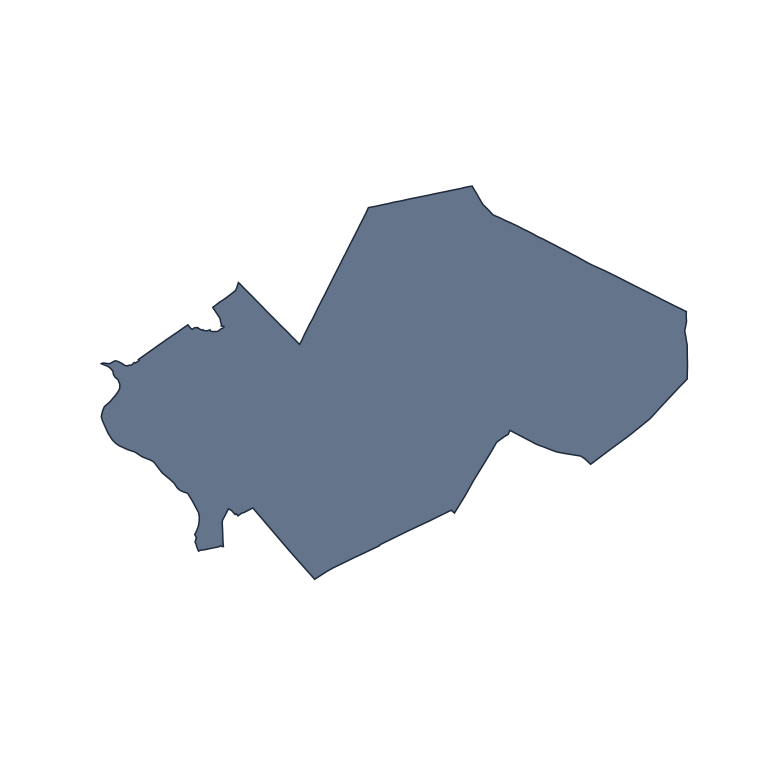 outline of Nadlac, Arad, Romania, rotated 39°
{"feature_id": "2599482B59122351602486", "entity_name": "Nadlac", "entity_type": "district", "adm_level": 2, "iso_a3": "ROU", "parent_name": "Romania", "parent_adm1": "Arad", "projection": "equal_earth", "projection_center": [20.774, 46.211], "detail": "fine", "context": "isolated", "style": "filled", "palette": "slate", "viewbox_px": 768, "rotation_deg": 39, "n_neighbors": 0, "source": "geoboundaries", "source_scale": "gbopen_adm2", "svg_char_len": 4346}
<svg xmlns="http://www.w3.org/2000/svg" viewBox="0 0 768 768"><g transform="rotate(39 384 384)"><path d="M331.5,619.9L333.4,620.8L334.6,621.2L334.5,621.4L335.3,622.5L335.9,624.1L336.1,624.6L336.9,626.0L338.4,626.5L340.3,627.9L343.2,629.7L345.1,630.6L345.6,629.5L346.2,628.4L348.1,626.5L349.1,625.5L352.9,620.7L358.2,614.4L358.8,612.4L360.5,612.3L361.5,611.4L358.3,608.1L354.4,603.6L350.5,599.1L346.0,594.1L344.2,591.5L343.7,588.7L341.7,578.8L345.4,578.3L349.3,579.0L350.5,579.1L350.9,577.7L353.5,578.4L354.6,574.2L356.2,571.8L356.6,570.8L360.1,562.9L416.0,573.3L453.0,579.4L457.5,565.7L460.0,559.4L468.5,541.1L482.3,512.5L481.9,511.7L495.2,483.0L502.1,468.8L506.1,460.5L515.6,439.9L520.0,439.9L519.9,439.5L517.3,419.3L514.4,402.7L512.0,384.4L510.2,370.7L508.2,358.4L510.7,349.0L512.2,345.1L511.1,340.8L535.4,335.9L538.8,335.3L542.8,334.2L547.5,332.5L550.1,331.7L557.4,329.4L560.3,328.4L562.7,327.2L568.3,324.2L575.8,319.9L581.8,316.4L583.8,316.0L588.1,315.8L595.1,316.4L601.4,291.1L606.6,271.4L607.2,268.9L612.6,243.7L613.7,225.2L615.6,199.0L616.1,194.2L616.3,191.2L616.5,189.4L616.2,188.9L612.7,184.5L609.0,179.6L605.8,175.7L602.6,172.0L598.9,167.5L595.3,163.1L591.3,159.6L588.0,156.6L584.2,153.4L581.9,149.0L579.7,144.9L576.2,141.2L573.4,137.4L573.2,137.5L566.9,138.9L560.6,140.4L554.6,141.7L548.3,143.1L542.4,144.3L536.1,145.7L530.0,147.0L523.8,148.4L517.9,149.7L511.3,151.1L505.3,152.4L499.0,153.7L491.4,155.4L485.2,156.8L478.3,158.6L472.0,160.3L466.0,161.6L459.7,162.7L453.6,163.7L447.3,165.1L440.9,166.2L435.0,167.5L428.7,168.7L422.7,170.0L416.6,171.2L414.4,171.8L410.4,172.8L405.8,173.5L399.4,174.8L395.7,175.8L388.0,177.3L382.0,178.8L375.7,180.5L369.1,182.0L365.8,183.0L362.3,183.9L354.9,182.9L347.7,182.2L343.2,180.5L338.7,178.8L335.6,177.5L331.4,176.1L328.0,174.7L326.1,176.7L322.7,180.9L319.6,185.0L316.3,188.9L312.8,193.2L309.8,196.9L306.6,200.7L303.4,204.6L300.6,208.2L297.3,212.2L295.2,214.7L290.9,219.9L286.8,224.8L283.8,228.7L281.2,232.0L277.7,235.9L275.1,239.4L272.4,242.8L270.6,244.9L267.4,249.0L264.1,253.0L260.9,256.7L261.3,258.4L261.7,259.8L262.7,263.9L263.9,269.4L265.0,274.8L266.4,280.9L267.4,285.7L268.6,291.3L269.7,296.7L270.9,302.1L272.2,307.7L272.5,309.8L273.4,314.0L274.5,318.7L275.6,323.9L276.8,329.6L277.2,331.7L278.0,335.0L279.2,340.6L279.6,342.2L280.4,346.1L281.7,351.5L282.7,356.9L283.9,362.5L285.1,368.0L286.4,373.4L287.6,378.8L288.5,384.4L289.8,389.9L290.9,394.9L290.9,395.2L292.4,400.9L293.5,406.4L290.4,406.0L287.1,405.6L283.8,405.3L281.2,405.0L275.0,404.2L268.8,403.7L262.7,403.0L259.8,402.7L258.2,402.5L256.1,402.2L254.4,402.1L250.5,401.7L247.0,401.3L243.0,400.8L241.2,400.5L240.5,400.5L236.4,400.0L231.8,399.5L225.6,398.7L219.4,398.1L213.1,397.4L209.5,396.9L207.0,396.8L208.7,401.1L209.8,404.5L208.6,410.0L207.1,416.2L205.5,421.7L204.8,423.3L203.9,427.4L202.7,432.2L203.6,432.6L207.7,433.8L212.3,435.3L215.1,436.2L218.6,439.0L220.3,440.1L221.0,441.4L223.2,440.0L223.8,440.5L223.9,441.0L223.4,442.3L222.8,443.2L222.4,444.7L222.1,445.9L221.9,447.2L221.1,448.3L218.2,450.8L217.0,451.7L216.0,451.9L215.0,451.8L214.8,451.4L214.4,451.7L214.1,452.3L213.4,453.5L212.6,454.3L210.2,456.0L209.1,455.7L208.2,456.7L207.4,457.1L205.3,457.3L203.8,457.4L203.8,457.9L203.0,458.0L201.4,459.4L201.0,460.9L200.6,462.2L199.8,462.2L198.2,462.3L194.9,461.5L194.4,461.4L192.5,467.7L191.1,472.8L189.6,477.6L188.2,482.4L187.0,486.2L186.2,489.4L184.8,494.1L184.1,496.6L182.2,503.5L181.7,505.2L180.2,510.7L179.3,513.8L177.7,519.5L179.0,519.8L177.7,524.0L176.7,524.1L176.5,524.5L176.2,524.8L176.2,526.7L175.6,528.4L174.1,529.8L174.0,530.0L173.2,531.3L171.6,532.4L170.3,532.7L167.4,532.9L165.7,533.3L164.1,533.6L163.4,533.8L161.1,534.7L160.6,535.2L160.1,535.7L159.0,538.5L158.2,540.3L157.3,541.4L153.3,543.9L152.6,544.4L152.0,545.1L151.8,545.4L151.7,545.6L151.5,546.2L154.3,545.3L158.2,544.1L162.2,544.0L165.4,544.8L167.6,546.8L170.4,547.9L174.6,548.1L178.9,550.5L181.4,553.8L182.1,556.7L182.4,561.3L182.2,570.4L180.9,577.6L182.2,581.9L183.6,584.9L184.9,587.4L188.6,589.9L200.5,595.9L207.9,598.4L212.3,598.9L216.8,598.7L226.2,596.3L233.3,593.6L241.9,592.8L246.7,591.3L250.6,590.0L254.3,589.5L267.6,592.7L276.1,592.8L282.9,593.1L288.8,594.9L292.4,595.0L295.6,594.2L300.2,592.5L309.1,595.7L315.0,598.2L320.9,600.7L324.3,603.7L327.8,608.6L329.6,612.3L331.3,618.1L331.5,619.9Z" fill="#64748b" stroke="#1e293b" stroke-width="1.5"/></g></svg>